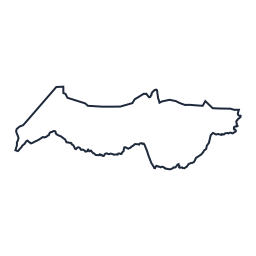 outline of San Francisco Cajonos, Oaxaca, Mexico
{"feature_id": "50627088B63866819787675", "entity_name": "San Francisco Cajonos", "entity_type": "district", "adm_level": 2, "iso_a3": "MEX", "parent_name": "Mexico", "parent_adm1": "Oaxaca", "projection": "robinson", "projection_center": [-96.262, 17.18], "detail": "fine", "context": "isolated", "style": "outline", "palette": "slate", "viewbox_px": 256, "rotation_deg": 0, "n_neighbors": 0, "source": "geoboundaries", "source_scale": "gbopen_adm2", "svg_char_len": 5296}
<svg xmlns="http://www.w3.org/2000/svg" viewBox="0 0 256 256"><path d="M169.5,99.8L161.8,101.5L159.5,102.7L158.8,100.0L158.1,98.3L158.1,98.2L157.0,90.2L156.1,89.6L155.8,89.9L154.8,90.0L154.5,90.1L153.9,90.8L153.7,90.8L153.4,91.2L152.7,91.8L152.4,92.1L152.3,92.3L152.2,92.7L151.9,93.0L151.5,93.9L151.4,94.2L151.5,94.9L151.3,95.1L150.7,96.0L150.3,96.9L150.1,96.9L149.7,97.1L149.0,97.2L148.3,96.3L146.2,93.7L145.5,94.0L143.9,93.7L134.7,99.3L132.4,103.1L120.2,106.6L102.8,106.7L87.9,105.8L85.2,103.4L67.5,97.8L65.4,93.8L63.4,93.1L63.3,86.7L56.3,87.0L27.1,120.7L23.1,125.2L22.4,125.5L21.3,125.9L19.9,126.4L18.8,127.2L18.0,127.9L16.8,128.9L16.1,130.9L16.7,133.4L17.5,135.0L18.5,137.9L17.9,140.4L16.9,142.4L16.9,145.4L16.4,147.0L15.4,150.2L17.9,151.1L18.9,150.1L20.1,148.5L21.2,147.5L22.4,145.6L23.8,144.4L24.8,143.7L25.1,143.0L25.5,142.4L25.9,141.7L26.4,141.2L27.1,140.8L27.5,140.6L28.3,141.4L28.8,141.8L29.7,142.4L30.6,143.2L30.9,143.4L31.0,143.4L32.6,142.8L33.1,142.6L33.4,142.4L33.9,142.1L36.0,141.1L37.9,140.2L39.1,139.5L40.8,138.4L42.2,137.4L43.0,137.0L43.8,137.3L44.2,137.5L45.2,137.1L46.0,137.0L47.2,136.1L47.8,135.5L48.3,135.4L48.8,135.2L49.2,134.3L49.3,133.6L49.6,133.1L49.8,132.8L50.4,132.4L50.7,132.1L51.1,132.1L51.6,132.2L52.1,131.9L52.6,131.6L53.0,131.3L53.5,131.1L54.1,131.0L54.7,131.1L55.2,131.3L55.5,131.7L55.7,132.2L55.6,132.5L55.7,133.1L55.8,133.4L56.2,133.9L56.7,134.4L57.1,134.5L57.7,135.0L58.3,135.3L59.0,135.6L59.4,135.7L59.9,136.0L60.6,136.3L61.0,136.4L61.5,136.6L61.8,136.9L62.2,137.4L62.8,137.7L63.7,138.5L64.3,138.9L65.0,139.3L65.4,139.9L65.8,140.9L66.2,141.8L66.6,142.3L67.1,142.5L67.6,142.3L68.3,142.4L68.9,142.7L69.7,142.9L70.3,142.9L70.8,142.8L71.4,143.2L71.6,143.6L71.6,144.1L71.8,144.4L72.6,144.8L73.5,145.5L74.0,146.5L74.4,147.5L75.1,148.7L75.5,149.1L75.9,149.1L76.7,148.2L77.3,147.7L77.9,147.4L78.4,147.3L78.8,147.4L79.8,147.9L80.1,148.3L80.6,149.2L81.1,149.9L81.4,149.9L82.0,149.6L82.7,149.7L83.8,150.0L84.4,150.5L84.8,150.8L85.1,151.3L85.4,151.6L86.4,151.5L87.4,151.1L87.6,150.6L87.7,150.1L88.0,149.6L88.3,149.6L88.9,150.7L89.4,151.3L89.7,151.2L90.9,150.6L91.2,150.8L91.7,151.5L92.7,152.7L93.3,153.2L94.0,153.4L94.7,154.0L95.3,154.7L96.0,155.0L96.8,155.1L97.8,155.2L99.0,155.0L99.7,154.4L100.2,155.1L100.8,154.7L101.4,154.8L101.8,155.0L102.3,155.7L102.5,155.9L103.7,155.9L104.1,155.6L104.4,154.9L104.7,154.3L105.5,153.6L106.8,153.4L107.2,153.5L107.8,153.9L108.9,154.2L109.7,153.9L110.3,153.7L110.6,153.7L111.5,153.8L112.3,154.0L113.0,154.2L113.8,154.7L116.6,154.4L117.0,154.6L117.6,154.6L118.2,153.6L119.4,153.5L120.1,153.6L120.5,153.8L121.0,154.1L121.5,153.9L122.2,152.4L122.8,151.8L123.8,150.7L123.7,149.5L124.0,148.5L124.3,147.4L125.2,147.2L128.3,148.7L128.8,148.4L129.4,148.2L129.6,148.1L130.1,147.8L130.4,147.7L130.9,147.3L130.9,147.2L131.3,146.8L132.1,146.3L132.7,145.9L133.3,145.6L133.7,145.2L134.1,144.8L134.4,144.6L134.9,144.1L135.0,144.1L136.4,144.2L136.7,144.2L136.9,144.2L137.8,144.2L138.5,144.3L139.0,144.4L139.1,144.5L139.3,144.2L139.5,143.9L140.1,143.4L140.4,143.4L141.2,143.3L141.6,143.2L141.8,143.2L142.0,143.3L142.3,143.7L142.5,143.9L142.8,143.8L143.2,143.6L143.7,143.6L143.9,143.9L144.5,144.7L147.0,150.9L148.7,156.2L151.3,162.9L154.0,167.3L154.2,168.0L154.6,168.1L155.0,168.2L155.3,167.6L155.4,167.1L155.7,166.7L156.2,166.0L156.5,165.8L156.9,165.9L157.0,166.2L157.8,166.4L158.0,166.5L158.6,166.4L158.9,166.6L159.2,166.9L160.0,166.9L160.4,167.2L160.8,167.3L161.1,167.2L162.0,166.7L162.5,166.8L162.8,166.9L163.2,167.0L163.4,167.0L163.8,167.3L164.0,167.6L164.2,167.8L164.5,168.0L164.9,168.0L165.2,168.2L165.5,168.7L165.8,168.6L166.4,168.6L166.8,168.7L167.2,168.9L167.6,169.0L168.2,169.1L170.3,169.3L173.1,168.1L173.5,167.4L175.1,167.5L175.9,166.8L176.4,166.5L176.6,165.8L177.6,164.6L178.4,164.2L178.4,164.9L179.3,165.6L179.1,167.3L179.6,167.7L182.1,167.4L182.6,168.0L184.6,168.2L185.7,167.2L186.6,166.9L188.7,164.0L189.6,163.6L190.0,163.5L190.7,163.1L191.2,163.0L191.7,162.9L192.5,162.8L193.9,162.0L194.8,160.6L195.9,158.0L201.2,154.5L203.0,152.4L204.1,150.5L206.2,148.9L206.8,145.7L208.9,142.9L210.7,135.2L212.2,133.7L213.0,132.9L216.1,134.5L218.0,134.0L221.5,134.9L221.6,134.2L222.2,134.1L223.8,134.5L224.8,133.5L227.4,133.0L228.6,133.4L228.9,133.1L229.2,133.0L229.4,132.9L229.7,132.8L230.0,132.7L230.6,132.7L231.0,132.8L231.6,133.0L231.8,133.1L232.5,133.4L232.8,133.3L233.0,133.2L234.5,132.2L235.0,132.0L235.4,131.8L235.8,131.2L235.9,130.9L235.9,130.6L235.5,130.1L235.2,129.6L234.8,129.4L234.5,129.2L234.3,129.4L234.1,129.4L234.0,128.9L233.9,128.5L233.9,127.7L234.0,127.2L234.5,126.8L234.9,126.7L235.7,126.4L236.2,126.5L237.4,126.2L237.6,126.0L237.5,125.7L237.1,125.3L236.8,125.1L236.9,124.9L236.7,123.9L236.8,123.6L236.7,123.2L236.4,122.5L236.3,122.1L236.3,121.6L236.5,121.2L236.6,120.8L236.8,120.5L237.2,120.2L237.5,119.9L237.7,119.5L237.9,119.2L239.8,117.7L240.2,117.3L240.5,116.9L240.6,116.5L240.6,116.2L240.6,115.8L240.5,115.7L240.3,115.7L239.9,115.8L239.2,115.7L238.9,115.5L238.6,115.3L238.2,115.0L238.0,114.5L237.9,113.9L237.9,113.2L238.2,112.0L238.3,111.4L238.5,111.0L238.9,109.8L234.1,109.8L230.6,108.7L219.7,108.5L217.0,108.4L212.7,108.2L205.3,101.1L203.2,104.9L202.7,105.8L197.9,105.5L190.6,104.9L187.4,104.9L186.9,104.9L185.8,104.9L185.4,105.1L179.6,103.0L175.8,101.1L169.5,99.8Z" fill="none" stroke="#1e293b" stroke-width="2"/></svg>